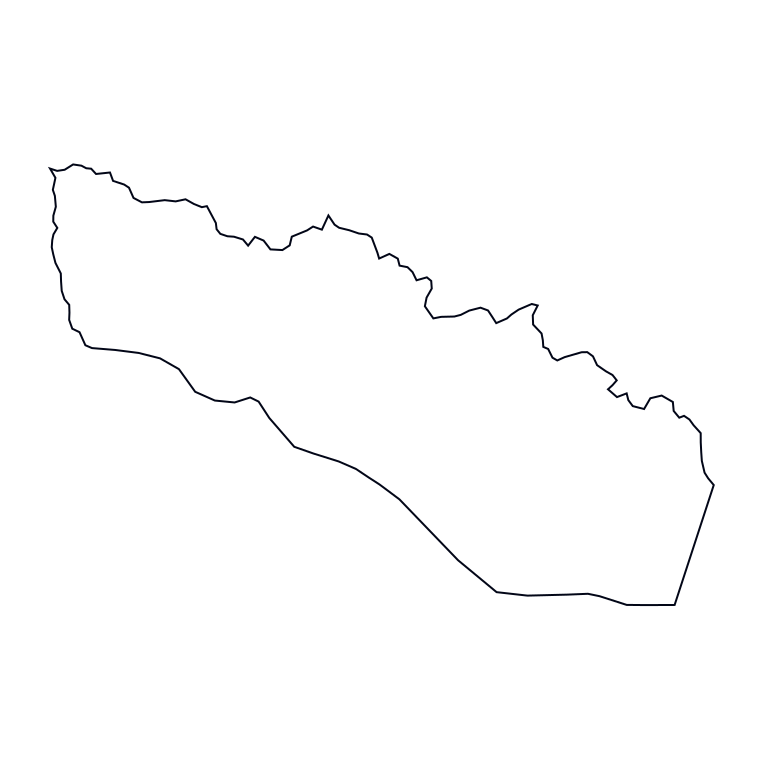 Lagoa Santa, Goiás, Brazil (Robinson projection), rotated 176°
{"feature_id": "56859067B16528022639352", "entity_name": "Lagoa Santa", "entity_type": "district", "adm_level": 2, "iso_a3": "BRA", "parent_name": "Brazil", "parent_adm1": "Goiás", "projection": "robinson", "projection_center": [-51.261, -19.187], "detail": "fine", "context": "isolated", "style": "outline", "palette": "ink", "viewbox_px": 768, "rotation_deg": 176, "n_neighbors": 0, "source": "geoboundaries", "source_scale": "gbopen_adm2", "svg_char_len": 2073}
<svg xmlns="http://www.w3.org/2000/svg" viewBox="0 0 768 768"><g transform="rotate(176 384 384)"><path d="M702.1,622.2L697.4,612.6L699.2,606.3L700.8,600.8L699.2,594.6L699.0,583.7L702.1,575.0L702.6,569.0L699.0,562.5L703.3,556.3L704.9,550.7L705.9,543.6L704.9,536.5L703.3,527.7L698.7,516.8L699.0,508.7L699.0,499.4L696.8,490.8L692.5,484.9L692.8,477.1L693.6,469.9L691.1,460.9L684.1,456.9L679.2,443.5L672.8,440.2L649.8,436.7L626.6,432.1L605.6,425.2L587.5,413.1L572.9,389.4L553.9,379.3L534.3,376.0L518.4,379.9L510.3,375.2L500.8,358.1L477.9,327.6L459.3,319.6L434.6,309.9L417.9,301.2L405.5,291.6L395.5,284.1L376.7,267.9L322.4,203.0L286.2,168.5L255.7,162.9L216.0,161.1L195.2,160.5L183.8,157.3L157.3,146.7L138.4,145.2L109.5,143.3L62.1,260.2L67.2,267.3L70.4,273.2L72.3,285.1L72.3,293.8L72.1,303.7L71.5,312.9L78.0,321.2L81.8,327.3L86.9,331.3L91.8,329.8L96.9,336.9L97.1,345.9L107.8,353.1L119.3,351.2L126.3,340.9L137.4,344.6L141.4,350.9L142.6,357.7L152.5,354.7L160.9,363.1L156.0,367.0L151.6,371.4L155.4,377.0L161.6,381.1L170.1,387.9L173.6,397.0L179.0,401.6L184.7,401.9L201.9,398.2L209.5,395.4L214.1,398.5L217.8,407.5L222.5,409.9L222.5,416.5L223.3,423.4L231.1,432.9L230.8,442.2L225.2,451.6L231.1,453.5L244.5,448.8L252.1,444.4L256.8,440.8L267.8,436.9L271.4,443.5L275.1,450.1L282.4,453.4L293.8,451.3L302.6,447.6L309.1,446.4L322.3,447.0L330.2,446.0L337.8,458.7L335.5,467.2L329.7,475.9L329.7,483.5L333.8,487.4L344.3,485.2L347.7,493.6L352.4,498.9L360.2,501.0L361.5,508.1L369.6,513.4L380.1,509.5L381.4,515.4L386.0,530.9L390.5,534.3L398.6,535.9L407.9,539.8L417.9,543.0L422.2,546.4L427.7,556.0L435.2,542.3L443.8,546.0L450.0,542.6L465.7,537.4L468.4,528.9L476.0,524.7L487.9,526.2L494.1,535.5L502.5,539.8L509.9,531.5L514.6,538.0L523.4,541.4L529.9,542.3L536.8,545.2L540.2,550.1L540.5,556.3L548.3,573.8L553.4,573.1L561.0,576.8L569.1,582.1L579.1,580.7L589.9,582.7L605.6,581.9L612.8,582.1L620.9,587.1L624.7,597.6L629.3,601.1L640.1,605.5L642.6,614.1L656.6,613.6L661.1,619.2L666.0,620.0L670.6,622.9L678.8,624.7L687.6,620.0L695.2,619.4L702.1,622.2Z" fill="none" stroke="#020617" stroke-width="2"/></g></svg>